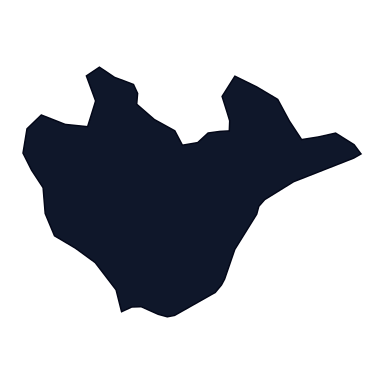 an SVG outline of Cəbrayıl
{"feature_id": "AZE-1699", "entity_name": "Cəbrayıl", "entity_type": "District", "adm_level": 1, "iso_a3": "AZE", "parent_name": "Azerbaijan", "parent_adm1": "", "projection": "orthographic", "projection_center": [46.951, 39.318], "detail": "fine", "context": "isolated", "style": "filled", "palette": "ink", "viewbox_px": 384, "rotation_deg": 0, "n_neighbors": 0, "source": "natural_earth", "source_scale": "10m", "svg_char_len": 880}
<svg xmlns="http://www.w3.org/2000/svg" viewBox="0 0 384 384"><path d="M211.0,294.8L174.6,315.4L167.3,316.8L158.2,314.3L141.2,306.7L131.7,307.0L121.6,311.7L121.5,311.4L116.1,289.9L95.2,262.6L75.3,248.1L54.5,235.8L45.2,213.5L43.1,187.7L31.6,170.2L23.0,153.1L27.0,128.8L41.3,115.0L59.4,122.1L61.6,123.0L65.2,124.4L87.6,126.7L91.8,113.3L94.8,103.6L95.6,100.9L90.8,87.8L86.4,75.9L99.4,67.2L100.6,68.0L114.6,77.4L124.1,80.9L133.5,84.5L137.6,93.4L136.7,104.2L154.3,119.5L174.8,130.8L182.4,145.2L197.7,142.6L208.1,133.0L220.0,131.4L229.3,130.9L229.7,120.8L227.3,112.9L222.1,96.4L225.6,90.9L234.9,76.2L256.7,86.9L277.7,99.4L289.3,120.9L301.6,139.6L318.1,137.0L335.6,133.1L354.1,144.7L360.8,153.7L361.0,153.9L353.9,158.0L293.6,181.7L264.7,199.6L258.8,206.3L256.7,214.2L234.8,249.4L224.6,279.1L221.5,284.9L215.2,292.5L211.0,294.8Z" fill="#0f172a" stroke="#020617" stroke-width="1.5"/></svg>